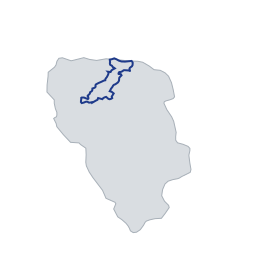 Thimphu on a map of Bhutan (Equal Earth projection), rotated 60°
{"feature_id": "BTN-2439", "entity_name": "Thimphu", "entity_type": "District", "adm_level": 1, "iso_a3": "BTN", "parent_name": "Bhutan", "parent_adm1": "", "projection": "equal_earth", "projection_center": [89.534, 27.565], "detail": "medium", "context": "in_parent", "style": "outline", "palette": "blue", "viewbox_px": 256, "rotation_deg": 60, "n_neighbors": 0, "source": "natural_earth", "source_scale": "10m", "svg_char_len": 2976}
<svg xmlns="http://www.w3.org/2000/svg" viewBox="0 0 256 256"><g transform="rotate(60 128 128)"><path d="M197.0,108.7L196.7,110.4L195.1,115.0L194.1,119.9L195.0,124.0L198.6,128.8L203.5,132.7L209.6,133.0L215.3,131.5L217.5,132.1L220.6,138.6L222.9,144.2L220.0,150.0L218.4,155.1L217.8,158.7L218.2,160.3L220.0,163.2L222.2,168.2L222.5,172.7L221.2,175.8L218.3,177.3L215.2,176.9L212.6,176.9L209.4,177.4L204.4,179.1L199.8,181.3L191.0,180.9L187.5,176.4L185.8,176.4L177.9,182.2L169.2,181.2L153.4,183.2L146.8,183.6L140.0,183.0L136.6,181.7L130.2,177.6L124.4,174.6L118.5,177.4L116.4,177.9L111.7,184.9L101.5,187.3L91.3,189.0L88.3,188.0L82.6,187.6L82.4,186.0L82.5,184.3L81.2,183.1L78.9,181.8L74.9,181.2L69.7,179.5L66.8,177.8L56.3,180.2L50.2,176.5L43.3,171.4L39.8,169.2L38.6,161.3L37.4,158.8L34.6,156.1L33.1,153.0L34.4,149.7L41.3,143.7L41.8,142.3L45.0,131.1L49.4,127.0L53.8,121.4L57.1,112.4L63.5,103.1L70.4,93.7L75.2,86.0L78.4,82.4L85.0,78.6L90.5,76.3L94.2,71.2L98.8,68.3L103.5,67.0L110.5,67.7L117.1,69.6L124.3,72.1L125.1,74.2L124.5,77.8L123.5,81.5L123.4,83.4L124.5,84.5L131.6,85.2L140.2,84.6L145.1,85.1L155.9,88.5L159.1,90.9L162.4,92.8L165.6,92.5L169.6,88.5L173.9,85.2L176.6,84.6L178.5,85.7L182.0,88.9L189.1,91.9L195.4,94.2L197.5,96.3L196.9,105.6L197.0,108.7Z" fill="#d9dde1" stroke="#a8b0b8" stroke-width="1"/><path d="M59.7,109.6L60.3,107.8L60.8,105.1L62.7,103.6L65.0,102.3L67.1,100.4L69.0,97.4L71.7,91.4L73.0,91.2L73.8,91.3L74.3,91.6L75.8,92.6L76.5,93.7L76.8,96.2L77.2,96.9L77.9,97.3L79.3,97.6L79.5,97.8L79.4,98.0L78.4,98.7L78.2,99.1L76.2,102.1L75.9,102.7L75.8,103.1L76.0,104.1L76.0,104.6L76.0,105.2L75.7,106.8L75.2,107.5L75.4,108.2L75.7,108.6L76.0,108.9L76.3,109.1L76.5,109.1L77.1,108.3L77.6,107.5L78.0,107.2L79.2,107.3L79.4,108.2L79.8,109.5L79.9,110.0L80.3,110.6L82.5,112.1L83.5,113.9L83.7,115.8L83.8,117.3L83.6,118.2L83.6,118.7L83.7,119.3L84.0,120.0L84.5,120.7L84.8,121.4L85.3,122.6L85.6,123.3L86.3,124.2L87.0,125.4L88.6,124.0L90.9,123.1L92.2,125.5L92.3,125.8L92.6,126.3L92.8,126.5L94.2,126.7L94.3,127.4L94.2,128.5L93.9,129.5L93.0,130.4L90.1,131.4L89.8,132.8L89.7,134.3L90.2,135.8L87.1,138.9L87.6,139.6L88.2,140.1L88.3,140.3L88.3,141.0L88.2,141.9L88.2,146.5L87.6,146.3L87.1,147.9L86.7,148.7L86.3,149.3L85.9,149.5L85.3,149.8L84.7,150.3L84.4,150.8L84.1,151.8L83.9,153.5L83.3,155.6L82.0,155.8L80.6,154.9L80.0,154.3L78.5,153.4L78.5,152.8L79.6,150.9L82.9,148.3L82.7,147.6L82.4,147.4L80.7,146.8L80.3,147.0L80.0,146.9L79.8,146.6L79.6,145.5L79.4,144.7L79.1,143.8L78.1,143.0L78.0,141.0L77.5,140.1L76.0,139.1L76.4,137.1L76.4,136.3L76.2,135.7L76.0,135.4L75.3,135.1L75.1,135.0L74.6,134.7L74.2,133.9L74.3,131.1L74.7,127.7L74.8,125.9L74.9,125.0L75.3,123.8L74.7,123.4L74.1,122.8L73.3,120.8L72.0,118.8L71.0,117.6L70.5,117.3L70.1,117.1L69.2,117.3L70.8,115.1L69.9,113.6L69.8,113.2L69.7,111.8L69.8,109.6L68.8,110.0L67.9,110.6L67.3,110.7L66.0,110.8L65.3,111.2L64.7,111.7L64.2,111.8L63.8,111.7L62.6,111.2L62.1,110.6L61.8,110.5L61.0,110.2L59.7,109.6Z" fill="none" stroke="#1e3a8a" stroke-width="2"/></g></svg>